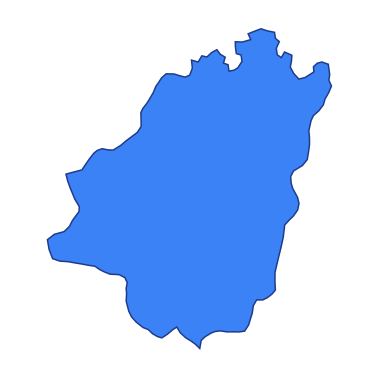 Restinga, São Paulo, Brazil, rotated 175°
{"feature_id": "56859067B58378692566136", "entity_name": "Restinga", "entity_type": "district", "adm_level": 2, "iso_a3": "BRA", "parent_name": "Brazil", "parent_adm1": "São Paulo", "projection": "natural_earth1", "projection_center": [-47.509, -20.648], "detail": "fine", "context": "isolated", "style": "filled", "palette": "blue", "viewbox_px": 384, "rotation_deg": 175, "n_neighbors": 0, "source": "geoboundaries", "source_scale": "gbopen_adm2", "svg_char_len": 2072}
<svg xmlns="http://www.w3.org/2000/svg" viewBox="0 0 384 384"><g transform="rotate(175 192 192)"><path d="M181.0,323.4L180.9,315.3L184.1,308.6L188.8,307.1L193.4,308.6L199.4,311.1L207.4,312.0L212.3,308.4L215.6,304.2L218.9,300.2L221.8,294.6L225.8,288.9L228.7,284.9L233.6,279.6L236.0,275.6L236.5,267.5L236.9,261.8L241.3,256.1L253.1,248.8L258.7,244.8L266.9,240.6L272.5,241.4L277.7,243.0L282.9,241.6L286.5,239.1L291.5,233.7L295.4,229.0L299.7,223.6L308.0,222.2L316.0,220.8L314.9,214.0L312.9,206.4L309.3,195.0L305.6,187.3L306.2,182.4L309.3,178.9L313.6,174.0L317.1,168.4L322.8,163.7L328.2,162.7L332.7,161.9L340.2,157.1L339.4,147.3L336.7,137.8L329.8,134.7L321.1,133.3L314.9,131.6L308.2,129.9L301.8,128.1L295.2,126.5L290.5,122.6L286.0,119.9L280.9,117.3L271.8,116.0L266.4,112.6L264.4,107.3L266.0,101.7L266.0,96.5L267.1,89.1L265.4,78.9L263.1,72.8L258.7,67.0L252.5,61.2L247.6,58.8L243.7,54.3L239.0,51.0L234.7,49.3L228.5,52.7L223.4,56.4L218.9,58.8L215.9,52.7L210.9,47.3L206.5,44.1L201.6,39.8L197.9,35.4L195.8,43.3L191.6,46.7L185.2,49.8L181.2,51.0L176.1,51.2L169.4,49.6L163.0,49.1L157.6,48.5L151.7,48.8L147.2,54.6L142.5,66.2L140.9,73.3L137.0,78.9L131.0,78.3L126.3,80.1L121.0,83.5L117.5,87.0L117.2,95.4L116.3,104.7L111.9,118.1L108.1,129.2L105.0,139.2L102.5,151.1L97.7,155.5L93.1,159.2L88.3,164.9L86.4,171.3L87.3,177.4L91.3,186.6L92.4,191.9L92.4,198.7L89.0,204.1L84.6,206.3L79.8,208.7L74.4,214.2L72.6,221.1L70.8,229.0L70.2,236.1L70.3,242.7L67.2,252.7L64.4,257.5L58.6,261.8L53.5,267.5L51.5,272.8L47.5,278.6L43.8,285.4L45.9,291.4L44.6,297.0L45.1,307.4L51.3,310.2L55.9,309.4L60.1,306.2L60.1,301.0L69.3,296.2L75.7,295.2L80.4,301.3L83.2,307.8L81.5,313.8L80.6,319.5L87.6,323.4L91.3,318.1L95.1,321.2L95.5,327.8L91.9,334.2L95.4,337.6L95.9,343.9L103.0,346.0L109.0,348.6L118.1,346.0L122.3,344.7L120.2,338.7L128.8,337.0L135.8,337.9L136.1,332.3L135.8,326.0L131.2,324.2L130.8,317.8L135.4,311.8L139.5,309.7L144.6,309.2L145.0,315.7L149.4,317.6L147.2,323.4L151.9,326.8L154.8,331.6L160.5,329.1L165.4,325.2L170.3,326.8L174.5,321.0L181.0,323.4Z" fill="#3b82f6" stroke="#1e3a8a" stroke-width="1.5"/></g></svg>